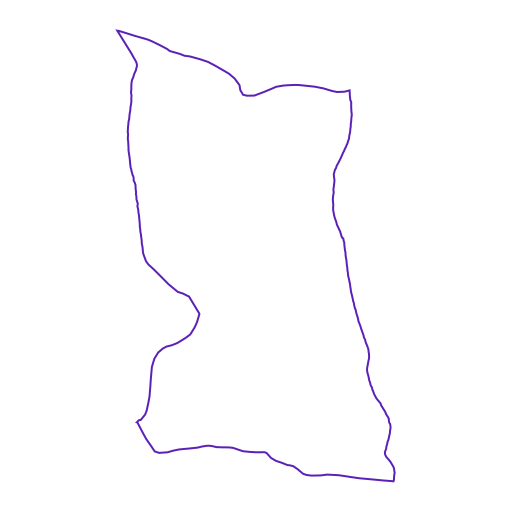 Diourbel, Diourbel, Senegal (Natural Earth projection)
{"feature_id": "50182788B22549322426328", "entity_name": "Diourbel", "entity_type": "district", "adm_level": 2, "iso_a3": "SEN", "parent_name": "Senegal", "parent_adm1": "Diourbel", "projection": "natural_earth1", "projection_center": [-16.194, 14.782], "detail": "fine", "context": "isolated", "style": "outline", "palette": "violet", "viewbox_px": 512, "rotation_deg": 0, "n_neighbors": 0, "source": "geoboundaries", "source_scale": "gbopen_adm2", "svg_char_len": 4830}
<svg xmlns="http://www.w3.org/2000/svg" viewBox="0 0 512 512"><path d="M136.9,422.3L137.4,422.4L140.4,428.2L143.3,433.7L146.0,438.6L149.1,443.2L150.9,445.7L154.7,451.4L159.2,452.9L164.2,452.5L167.6,452.3L172.6,450.8L178.7,449.5L183.7,449.0L189.5,448.5L189.9,448.4L190.1,448.4L197.7,447.6L201.1,446.7L206.6,445.8L209.2,445.7L212.7,446.2L216.3,447.1L221.4,447.3L228.7,447.4L232.8,447.8L242.9,451.2L243.7,451.3L249.9,451.9L256.5,452.3L264.4,452.2L266.5,452.9L271.1,458.0L276.1,460.9L281.8,462.8L287.5,465.1L289.8,465.3L293.3,466.2L297.4,469.0L303.1,473.8L306.4,474.9L306.8,475.0L311.6,475.6L320.9,475.4L327.3,474.6L338.6,475.2L348.2,476.6L349.8,476.9L359.7,478.3L367.8,479.0L376.2,479.8L379.7,480.1L382.4,480.4L390.2,481.0L393.5,481.3L393.8,480.5L394.0,478.9L394.0,477.3L394.2,476.0L394.3,474.3L394.7,473.0L394.3,470.9L394.1,468.9L393.5,467.0L392.5,465.2L391.3,463.3L390.7,462.2L389.1,460.1L387.6,458.4L386.3,456.9L385.6,455.6L385.0,454.0L384.9,452.1L385.6,450.2L386.2,448.5L386.4,446.5L387.1,444.3L387.6,441.6L388.4,439.8L388.8,438.0L389.2,436.0L389.7,434.0L390.0,432.2L390.1,430.3L390.5,428.5L390.5,427.0L390.5,426.2L390.1,424.0L389.3,422.7L388.9,420.7L388.8,418.9L388.0,417.1L387.0,415.6L386.1,414.1L385.4,412.3L384.6,410.8L383.0,408.4L382.4,407.2L381.4,405.9L380.6,403.6L379.6,402.2L378.3,400.7L376.5,398.5L375.3,396.3L374.2,394.3L373.2,391.4L372.3,389.4L372.0,387.6L370.8,385.6L370.0,382.4L369.3,380.6L368.7,377.5L368.3,375.7L367.4,372.6L367.0,369.6L367.2,367.8L367.3,366.9L367.7,365.2L367.9,363.9L368.4,361.1L369.0,358.6L369.1,356.6L369.0,355.0L369.0,353.8L368.6,351.9L368.5,350.2L368.1,348.4L367.3,346.2L366.9,345.2L366.5,344.2L365.9,342.8L365.4,341.2L365.2,340.0L363.9,337.2L363.5,335.3L362.9,333.6L362.1,331.3L361.5,329.7L360.9,327.9L360.3,325.8L359.5,323.8L359.4,323.4L358.5,321.4L358.1,319.0L357.3,316.1L356.7,314.5L356.2,312.5L355.6,309.6L354.9,308.2L354.2,305.3L353.8,302.8L353.0,300.6L352.7,298.6L352.2,296.5L351.9,295.1L351.7,294.4L351.5,293.8L351.2,292.4L350.8,290.3L350.6,288.3L350.2,286.3L350.0,283.8L349.5,281.9L348.7,278.0L348.3,276.5L348.0,274.3L347.8,272.0L347.4,270.3L347.4,268.6L347.0,266.1L346.7,263.4L346.5,260.8L346.0,258.1L345.6,255.4L345.5,252.7L344.9,249.9L344.6,247.0L344.3,244.6L344.3,242.7L343.7,240.9L343.3,238.6L342.0,237.3L341.9,237.3L341.8,236.8L341.3,235.5L340.8,233.9L340.2,231.6L339.3,229.8L338.0,226.9L336.9,224.7L336.3,222.0L335.4,219.6L334.6,217.3L334.1,215.2L333.6,212.5L333.2,210.5L333.1,207.7L333.3,204.8L333.1,202.8L332.8,199.6L333.1,196.0L333.7,192.6L333.4,189.6L333.8,186.7L334.2,183.4L334.5,180.4L334.0,176.8L333.8,174.2L334.4,171.9L334.9,169.9L336.0,168.1L336.7,165.7L338.0,163.5L339.3,161.0L340.4,158.8L341.4,156.6L342.5,154.2L343.0,152.8L344.0,151.1L344.8,149.0L346.0,146.8L346.5,145.3L347.0,144.4L347.5,143.2L348.2,140.8L349.0,138.7L349.2,136.5L349.6,134.3L350.1,132.2L350.3,129.2L350.7,126.9L350.8,123.9L351.2,121.5L351.2,120.7L351.3,119.3L351.5,116.8L351.8,114.9L351.4,111.3L351.2,107.8L351.2,104.5L351.2,102.0L350.3,100.0L350.1,97.9L349.9,96.2L349.6,90.4L344.5,91.7L337.2,92.0L332.6,91.1L325.1,88.9L323.5,88.4L314.9,86.7L299.8,85.1L295.9,84.9L288.5,85.2L284.1,85.5L283.0,85.6L276.1,86.8L271.8,88.7L264.1,91.9L254.3,95.6L246.9,95.7L243.0,94.7L240.3,90.1L239.5,85.1L234.6,78.5L229.1,73.8L224.4,71.0L215.2,65.7L208.0,61.9L201.5,59.7L199.2,59.0L189.8,56.4L184.7,55.8L179.8,53.9L169.7,51.0L167.3,49.1L160.5,45.5L151.5,41.1L147.6,39.5L134.6,35.8L126.4,33.2L118.8,30.9L117.3,30.7L131.7,53.9L132.6,55.7L133.7,57.5L134.7,59.3L135.6,60.8L136.4,62.5L136.9,64.4L136.9,66.3L136.3,68.3L135.9,70.3L134.7,72.8L133.9,74.9L133.3,77.2L132.0,80.0L131.5,82.9L131.3,86.8L131.3,89.5L131.0,92.6L131.5,95.4L131.3,98.4L131.4,101.5L131.0,104.4L130.5,107.2L130.3,110.2L129.9,112.6L129.8,112.8L129.6,114.2L129.4,116.3L129.2,119.0L128.5,121.8L128.3,124.7L128.0,127.2L127.8,131.1L127.7,131.7L127.8,131.9L128.1,134.8L127.8,138.4L128.2,142.0L128.4,146.0L128.5,147.1L128.5,150.0L128.9,153.2L129.4,156.3L129.7,158.6L129.9,160.6L130.2,163.9L130.6,167.5L131.2,169.2L131.6,171.4L132.7,175.3L133.2,176.1L133.6,177.7L133.7,180.7L134.6,182.3L135.5,185.0L135.6,188.7L136.1,192.4L135.9,194.0L136.4,196.6L136.5,199.5L137.8,203.7L137.4,206.2L138.2,209.5L138.4,212.1L138.7,213.9L138.8,214.5L139.0,216.0L139.3,219.0L139.6,222.0L139.8,225.1L139.9,227.5L140.3,229.8L140.3,231.5L140.9,234.2L141.3,237.8L141.7,240.4L141.8,243.8L142.4,246.3L142.6,248.0L142.9,251.4L143.3,253.9L146.0,261.2L148.4,264.5L153.9,269.5L160.4,276.0L168.6,284.3L177.8,291.9L182.8,293.5L189.1,296.6L189.3,297.0L189.6,297.5L199.1,313.2L199.4,314.1L197.0,322.2L195.1,326.4L194.3,328.0L190.3,334.4L185.8,337.8L177.2,343.1L171.6,345.3L166.6,346.5L162.9,348.5L158.2,352.5L154.4,358.6L151.9,366.9L150.8,379.2L150.4,385.6L149.5,396.6L148.4,402.5L146.7,410.5L145.1,414.6L140.7,420.0L138.9,420.2L136.9,422.3Z" fill="none" stroke="#5b21b6" stroke-width="2"/></svg>